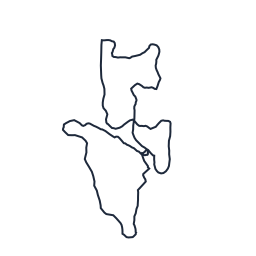 the district of Stockholm, Stockholm, Sweden, rotated 45°
{"feature_id": "70781695B5805413017960", "entity_name": "Stockholm", "entity_type": "district", "adm_level": 2, "iso_a3": "SWE", "parent_name": "Sweden", "parent_adm1": "Stockholm", "projection": "albers", "projection_center": [17.995, 59.332], "detail": "fine", "context": "isolated", "style": "outline", "palette": "slate", "viewbox_px": 256, "rotation_deg": 45, "n_neighbors": 0, "source": "geoboundaries", "source_scale": "gbopen_adm2", "svg_char_len": 3830}
<svg xmlns="http://www.w3.org/2000/svg" viewBox="0 0 256 256"><g transform="rotate(45 128 128)"><path d="M207.5,196.2L207.1,196.2L206.4,195.6L205.6,194.8L204.4,193.9L201.5,192.3L199.9,191.8L197.7,188.7L195.0,186.0L193.8,182.9L191.2,179.2L189.9,176.2L188.0,174.1L185.9,171.7L184.0,169.8L180.6,166.2L178.9,164.9L178.6,157.2L178.4,153.3L176.6,152.1L174.4,151.6L172.1,150.7L171.3,149.7L171.7,141.7L169.8,141.7L169.1,140.9L165.6,140.3L162.7,139.8L160.1,138.6L158.5,137.8L156.9,137.0L154.2,137.0L152.4,137.0L150.6,137.9L148.0,138.0L146.4,138.1L144.6,138.9L142.1,139.4L140.8,139.8L139.0,140.6L137.0,140.8L135.8,141.7L132.5,141.4L129.2,141.2L127.1,141.3L125.7,142.5L125.2,144.1L123.3,144.6L119.3,145.4L114.2,146.1L110.8,147.2L109.7,148.1L107.1,148.8L104.4,149.7L102.3,150.6L100.5,151.1L97.8,151.9L96.6,152.8L95.7,154.4L95.7,156.2L94.9,158.1L93.6,158.7L90.3,158.7L87.3,159.6L84.4,160.5L82.0,164.2L81.3,166.6L80.8,168.1L80.4,170.0L80.2,170.8L81.1,171.9L82.0,172.9L82.4,174.1L83.3,175.3L86.5,175.4L90.7,175.3L93.2,173.0L95.6,170.5L102.2,167.1L107.0,167.0L109.8,167.7L112.4,171.4L115.9,174.7L118.1,178.4L119.4,180.5L122.7,181.8L128.1,183.1L133.4,184.5L137.5,186.6L142.1,189.5L144.9,192.7L150.2,194.3L154.1,196.7L159.3,199.3L163.4,202.1L165.4,203.9L171.1,204.5L173.5,204.2L175.2,203.0L177.3,201.5L179.3,200.1L183.4,200.1L189.9,200.5L192.0,201.1L194.1,202.4L195.8,203.7L197.2,205.0L198.9,206.7L200.7,206.3L204.1,206.2L205.8,205.0L208.5,201.8L208.6,200.3L208.6,197.7L207.5,196.3L207.5,196.2ZM111.5,87.6L112.6,86.2L114.2,85.0L115.9,82.5L117.7,81.7L119.1,81.5L120.5,80.4L119.1,77.2L117.3,73.8L116.6,71.4L115.8,69.9L113.4,69.1L111.5,68.5L109.3,67.5L107.5,66.9L105.2,65.8L103.4,64.3L102.4,62.6L101.1,61.0L99.8,59.8L99.3,58.3L98.4,55.6L97.7,54.2L96.3,51.9L94.6,50.4L92.3,49.4L89.8,49.3L87.8,50.3L86.3,51.3L85.1,52.8L85.1,53.4L85.2,55.0L86.2,56.5L86.1,59.7L86.1,62.7L85.3,65.0L84.8,67.6L83.5,69.8L82.1,72.1L80.4,74.6L80.0,76.8L79.5,77.8L76.3,79.8L74.8,81.3L72.5,83.5L71.1,85.3L69.2,86.5L67.7,87.8L66.0,88.1L64.8,87.1L63.6,86.4L63.3,85.1L61.8,82.6L61.6,80.9L60.4,78.7L58.5,77.3L56.8,77.0L55.1,78.1L53.6,78.5L52.0,79.6L51.1,80.5L49.3,82.7L48.4,83.6L47.4,84.4L50.5,88.1L55.7,93.5L60.6,98.7L64.6,103.0L71.7,109.6L74.1,111.7L78.2,114.1L80.6,115.2L83.6,117.0L85.2,118.5L87.7,120.9L89.9,124.8L92.1,127.8L94.3,130.0L96.7,131.3L100.2,131.5L103.7,132.9L105.0,135.1L106.3,137.4L108.8,139.4L110.1,139.7L110.9,139.4L114.4,139.4L116.7,139.3L117.9,138.3L119.8,137.3L120.8,135.6L121.9,133.7L122.7,130.9L122.8,128.4L123.5,123.7L124.0,121.2L125.5,118.6L126.1,118.3L126.3,118.4L127.8,119.6L129.9,122.5L132.6,125.3L134.6,128.1L136.9,129.2L139.5,130.3L142.3,130.9L150.7,130.9L153.6,130.1L156.0,129.8L157.8,129.3L162.0,129.7L165.0,129.7L166.1,129.0L167.2,130.2L169.0,132.0L171.0,133.6L172.3,135.2L173.5,135.9L175.1,136.8L176.2,137.5L178.8,138.0L180.9,138.0L183.5,136.7L184.9,134.8L185.4,131.8L184.9,128.5L183.8,125.9L181.9,123.5L179.6,120.5L175.7,117.5L173.1,114.8L169.7,112.1L165.9,108.0L163.6,104.0L160.7,100.7L157.5,97.6L154.8,94.6L153.4,93.9L151.6,94.4L148.9,96.9L147.4,97.8L146.4,99.4L146.4,102.8L146.6,105.7L146.8,107.5L145.3,111.0L144.6,112.7L142.4,113.1L140.6,113.3L138.9,114.0L137.9,115.5L136.3,116.7L135.1,118.0L134.3,118.6L132.0,118.9L128.9,118.6L126.7,118.3L126.3,117.3L122.7,113.5L120.1,110.8L118.5,109.7L118.4,109.5L117.4,108.5L116.8,107.1L116.5,105.8L115.3,104.3L114.6,102.6L113.8,101.9L110.9,100.6L108.8,100.6L105.9,99.6L104.0,99.0L102.4,97.9L102.6,92.8L103.2,90.0L104.9,89.1L108.1,88.4L110.1,88.3L111.5,87.6ZM156.7,130.6L156.5,131.5L156.7,132.9L156.5,134.1L156.6,135.2L156.2,135.4L155.5,135.8L155.5,136.1L156.0,136.3L157.0,136.6L157.7,136.2L158.3,135.9L158.7,135.6L159.2,135.3L159.6,134.6L159.8,134.0L160.4,133.7L160.7,133.1L160.4,132.2L159.6,131.5L158.8,130.8L158.3,130.1L157.4,130.1L156.7,130.6Z" fill="none" stroke="#1e293b" stroke-width="2"/></g></svg>